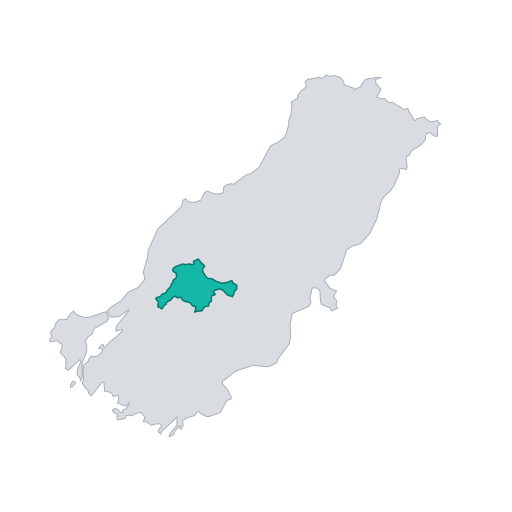 Ankara highlighted on a map of Turkey, rotated 315°
{"feature_id": "TUR-3008", "entity_name": "Ankara", "entity_type": "Province", "adm_level": 1, "iso_a3": "TUR", "parent_name": "Turkey", "parent_adm1": "", "projection": "albers", "projection_center": [32.475, 39.676], "detail": "fine", "context": "in_parent", "style": "filled", "palette": "teal", "viewbox_px": 512, "rotation_deg": 315, "n_neighbors": 0, "source": "natural_earth", "source_scale": "10m", "svg_char_len": 5917}
<svg xmlns="http://www.w3.org/2000/svg" viewBox="0 0 512 512"><g transform="rotate(315 256 256)"><path d="M389.7,172.0L397.0,173.8L399.1,171.7L405.4,171.2L411.3,172.0L414.0,167.5L418.0,167.5L419.0,169.5L421.0,170.1L427.5,174.7L427.0,175.5L428.6,177.2L433.9,177.9L434.7,180.6L439.2,184.1L442.0,190.1L441.3,194.5L439.4,197.5L443.8,206.5L442.9,207.8L449.6,210.1L457.4,208.6L460.1,209.6L468.7,215.9L471.0,218.5L465.3,215.7L462.7,219.1L462.1,226.6L453.9,229.0L455.8,233.6L458.4,235.5L458.2,240.0L459.0,241.7L461.7,244.4L461.9,248.4L463.4,252.5L464.1,257.6L467.8,258.7L466.6,261.3L464.0,272.1L464.3,272.9L467.0,272.8L473.6,276.8L472.8,278.4L474.4,285.0L480.1,288.5L479.6,290.8L480.1,293.0L476.2,292.5L469.3,299.4L468.4,299.4L467.1,297.5L466.1,291.7L464.0,290.4L461.6,290.3L457.8,293.5L453.9,293.9L450.1,293.9L439.6,291.4L436.1,293.1L432.1,292.2L425.4,300.3L423.1,301.1L421.7,297.6L418.8,295.9L415.7,299.0L403.2,303.8L397.3,305.0L389.9,304.5L383.9,305.4L368.1,314.9L352.7,320.5L338.5,321.2L330.5,316.7L324.4,315.9L306.7,324.7L297.8,324.9L294.7,321.9L287.8,320.9L286.5,324.0L285.4,331.3L288.1,337.9L284.2,338.5L281.8,340.1L281.4,345.1L277.9,347.2L276.9,350.4L276.3,350.5L270.5,348.1L271.9,345.6L268.0,336.5L269.7,333.5L276.7,325.7L276.3,321.3L273.1,318.3L264.0,324.2L263.2,326.4L261.1,328.1L257.7,328.9L240.9,322.2L231.4,328.7L223.2,338.1L217.0,341.6L198.5,344.3L195.2,346.1L188.9,344.2L185.1,341.7L176.6,331.2L160.5,323.1L143.6,320.9L142.0,322.9L141.3,331.0L138.4,338.6L137.0,339.4L133.3,337.4L120.0,341.5L108.9,336.1L107.1,333.9L104.9,324.9L103.3,324.2L101.5,325.4L99.6,325.3L91.7,321.1L87.4,320.6L84.7,324.3L80.3,325.6L80.3,324.5L82.1,322.2L75.3,322.3L71.7,324.0L66.9,322.6L67.3,321.6L71.3,320.6L80.3,319.7L86.3,314.1L64.9,313.3L62.8,314.4L62.6,311.3L63.9,310.0L69.6,309.2L69.4,306.6L66.1,303.7L62.5,302.0L61.1,295.5L59.3,293.8L59.6,292.9L63.2,292.0L64.2,287.4L63.8,284.5L57.2,281.5L55.6,281.7L54.1,279.1L51.3,277.1L48.8,278.4L42.2,274.1L43.7,271.4L45.4,271.6L45.8,269.5L44.7,265.8L45.0,263.9L46.5,263.5L48.2,264.0L49.7,266.2L49.6,270.4L51.3,273.0L52.7,270.6L55.8,272.1L61.4,271.2L62.6,270.2L58.5,270.1L57.1,269.0L54.1,261.9L57.7,260.2L60.3,257.0L55.8,254.5L57.0,250.0L53.4,244.4L59.1,238.0L58.9,237.1L57.2,236.6L40.6,238.3L40.5,235.3L41.9,232.7L42.3,226.3L43.3,222.8L46.3,222.0L50.4,217.1L56.8,211.4L63.0,211.9L65.6,210.4L69.3,210.5L70.3,213.0L73.4,214.8L79.2,214.9L82.0,213.4L79.5,210.3L82.8,209.5L85.4,210.4L83.8,213.6L84.6,213.9L92.1,213.3L99.8,214.4L108.4,214.4L109.6,213.4L103.6,209.9L107.6,207.1L109.8,206.7L127.8,204.6L127.9,203.9L117.0,202.1L111.5,198.1L110.0,195.9L111.3,190.9L112.6,189.6L116.5,189.6L129.9,192.3L139.5,191.2L149.9,194.7L159.9,194.2L162.0,192.7L164.6,187.9L178.8,180.0L183.7,175.8L205.5,167.5L238.1,168.4L243.8,165.0L247.1,166.0L246.2,168.1L246.5,170.1L250.5,174.8L256.5,177.5L264.5,174.8L267.4,175.6L270.6,183.2L275.9,187.5L278.2,187.7L281.2,184.9L284.1,184.4L289.1,186.8L290.9,189.5L306.8,191.8L310.2,193.9L321.0,195.5L344.1,188.4L353.0,191.4L360.3,192.0L363.4,191.2L372.5,185.9L375.2,183.2L380.9,180.5L387.9,175.0L389.7,172.0ZM88.2,166.2L87.4,169.6L88.6,173.4L91.6,178.8L94.9,181.5L110.5,189.3L108.0,195.8L104.0,196.7L90.4,192.9L84.7,195.3L80.7,194.4L75.1,195.3L73.3,199.2L69.1,203.6L57.7,208.5L46.9,219.1L43.9,220.3L45.5,216.6L45.6,213.2L50.3,209.6L56.7,207.1L58.4,204.7L42.8,204.1L41.6,200.6L43.2,200.0L48.7,194.2L49.3,191.8L49.2,185.8L55.6,182.7L56.2,181.3L55.6,175.3L50.0,171.5L50.2,169.8L54.5,168.5L57.0,164.5L63.1,164.1L66.0,162.3L71.2,161.5L77.4,167.1L85.2,165.5L88.2,166.2ZM38.7,218.1L33.4,218.6L31.9,217.6L33.6,215.9L37.8,215.0L39.0,216.9L38.7,218.1Z" fill="#d9dde1" stroke="#a8b0b8" stroke-width="1"/><path d="M183.8,215.1L185.7,214.1L186.3,213.0L187.1,212.1L187.5,211.4L186.6,209.0L186.7,207.4L187.4,206.8L188.2,206.5L190.0,206.4L191.8,206.7L198.5,209.8L199.1,210.6L199.6,211.6L200.4,212.5L201.3,213.2L201.7,213.3L202.6,214.2L203.4,214.6L203.9,215.4L204.1,216.4L205.6,217.6L207.3,217.4L207.4,216.6L207.6,215.8L208.0,215.6L208.5,215.6L209.2,215.9L209.9,216.3L213.0,217.2L212.8,219.7L212.5,221.4L212.5,223.4L212.7,225.2L212.4,226.9L209.7,227.3L208.1,228.0L207.0,230.6L206.5,233.1L205.8,235.6L206.4,238.2L208.3,240.4L209.0,241.5L209.9,245.8L211.8,249.4L212.3,251.0L214.9,252.7L216.1,253.6L216.5,253.8L216.8,254.0L217.2,254.6L217.7,255.0L218.9,255.0L219.7,255.4L220.0,255.7L221.5,256.2L221.3,257.2L220.6,259.2L221.5,261.7L221.5,263.4L219.6,265.3L218.7,265.8L216.6,265.7L214.6,266.3L212.7,267.5L210.6,268.0L210.1,266.8L209.4,265.8L208.8,264.6L208.3,263.4L208.2,261.7L208.4,260.0L208.5,258.3L208.4,256.7L207.1,253.8L204.8,252.2L203.5,251.8L203.1,251.6L202.1,250.8L201.1,250.8L200.6,251.4L200.4,252.2L200.2,253.8L199.9,254.3L198.9,254.2L197.5,253.1L196.4,252.8L194.0,254.7L193.2,255.9L192.1,256.5L190.4,255.8L188.9,256.4L187.5,257.6L186.6,257.5L185.7,256.7L185.0,256.3L183.0,255.6L181.8,255.7L179.4,256.5L178.5,256.2L175.2,253.4L174.2,252.8L173.2,252.3L173.8,251.9L175.0,251.3L175.3,251.0L175.4,250.7L175.9,250.6L176.4,250.5L177.0,250.0L177.4,249.2L177.3,248.3L176.6,247.8L176.1,247.0L176.1,245.9L176.0,245.7L175.9,245.3L176.1,244.4L176.3,243.5L176.3,242.6L176.0,242.0L175.7,241.5L175.6,240.5L175.3,239.9L174.1,238.9L173.0,235.7L172.9,234.2L173.8,233.2L173.8,232.4L173.5,232.1L173.2,231.6L173.0,231.2L172.2,231.2L171.6,230.8L171.0,229.9L170.7,229.0L170.6,228.2L170.3,227.7L170.3,226.8L169.3,226.9L168.3,226.3L167.5,226.6L165.8,226.6L164.9,226.8L164.2,226.5L163.5,226.7L162.6,225.7L162.0,225.8L161.4,226.0L159.3,225.6L158.7,226.2L158.0,226.6L157.4,226.4L156.9,226.0L155.5,225.9L153.3,226.8L152.4,226.8L151.9,226.7L151.8,226.0L151.6,224.2L150.6,223.0L152.0,221.1L153.9,220.1L154.7,218.6L154.6,216.8L154.8,215.6L155.4,215.0L157.6,215.8L159.5,217.0L163.4,216.7L164.1,217.5L164.6,217.7L165.3,217.8L166.0,218.1L166.8,218.2L168.8,217.4L169.7,217.3L172.6,217.4L174.5,216.9L176.1,216.2L178.8,215.6L179.7,214.9L180.7,214.6L183.8,215.1Z" fill="#14b8a6" stroke="#0f766e" stroke-width="1.5"/></g></svg>